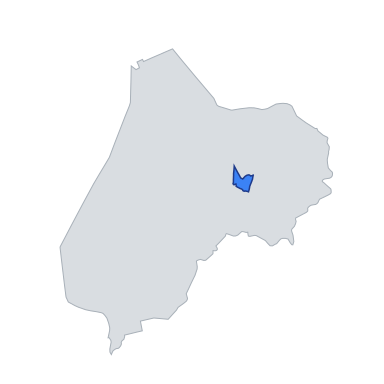 location of Tikrit, Sala ad-Din, Iraq, rotated 79°
{"feature_id": "34846034B31147654733032", "entity_name": "Tikrit", "entity_type": "district", "adm_level": 2, "iso_a3": "IRQ", "parent_name": "Iraq", "parent_adm1": "Sala ad-Din", "projection": "orthographic", "projection_center": [43.738, 34.759], "detail": "fine", "context": "in_parent", "style": "filled", "palette": "blue", "viewbox_px": 384, "rotation_deg": 79, "n_neighbors": 0, "source": "geoboundaries", "source_scale": "gbopen_adm2", "svg_char_len": 4424}
<svg xmlns="http://www.w3.org/2000/svg" viewBox="0 0 384 384"><g transform="rotate(79 192 192)"><path d="M153.4,57.3L156.1,56.7L161.2,52.5L164.1,48.7L165.1,48.3L167.7,49.6L169.5,50.0L173.8,48.6L176.4,49.3L178.5,50.3L179.7,50.4L185.5,52.9L186.9,53.2L189.9,53.5L194.4,53.6L197.2,52.0L199.3,50.5L200.7,50.5L202.1,50.9L203.2,51.5L204.2,52.7L204.7,54.3L204.5,59.5L204.9,60.9L205.7,61.9L206.7,62.1L207.9,60.9L210.1,59.3L212.6,57.4L214.6,55.8L215.7,55.1L217.4,55.2L219.1,55.5L220.1,56.3L220.1,56.5L221.0,59.0L223.4,68.1L224.8,69.3L226.3,70.3L227.3,71.6L227.8,73.0L227.7,75.1L227.7,77.6L228.4,79.5L229.3,80.9L230.1,81.6L231.3,81.7L232.7,82.0L233.7,83.4L236.9,93.8L237.3,95.2L238.6,95.6L240.7,95.4L242.9,96.4L245.3,98.1L247.6,101.2L249.1,101.7L253.7,101.1L260.1,101.5L263.1,103.1L262.8,104.1L260.5,105.3L256.5,106.7L255.4,109.0L254.8,111.9L254.9,113.5L256.0,115.3L258.9,118.8L259.1,120.1L259.7,121.9L260.2,123.2L259.7,125.6L257.1,127.3L253.7,129.2L247.0,137.3L246.5,139.0L246.6,143.7L246.0,145.1L243.8,145.1L242.1,144.9L242.0,146.6L240.9,148.8L240.3,150.7L243.0,155.2L243.5,157.6L243.1,159.8L240.8,163.6L239.4,166.2L239.8,166.7L241.7,167.7L247.6,175.9L249.5,178.8L251.9,178.0L252.9,178.0L253.6,178.4L254.1,179.4L254.1,180.7L253.5,182.5L256.6,183.2L257.8,185.1L261.6,191.5L261.5,193.4L259.8,196.5L259.9,198.5L260.3,200.3L260.8,200.9L266.3,201.1L268.6,201.7L274.3,204.9L280.8,209.8L286.2,213.7L290.8,217.1L295.5,216.7L296.9,217.3L298.1,218.4L299.6,221.2L302.6,227.7L305.0,229.8L308.8,234.9L312.4,239.7L310.4,246.5L308.4,253.5L308.7,262.5L308.9,267.3L313.6,267.3L318.8,267.3L319.0,273.1L319.3,278.9L319.6,285.5L321.1,285.7L323.6,287.0L324.7,289.1L326.1,290.2L327.7,290.3L329.3,291.3L330.9,293.1L331.5,294.6L331.2,295.6L331.6,297.3L332.7,299.7L334.1,300.8L336.2,302.2L333.5,303.1L330.4,302.6L323.9,300.0L321.9,300.0L319.2,301.2L319.1,302.2L312.3,299.3L309.8,298.7L308.9,298.7L305.1,298.8L299.6,299.6L296.4,301.1L294.2,302.5L293.2,304.0L292.9,304.7L291.2,308.8L289.3,314.1L287.3,318.8L283.4,325.5L281.2,328.6L276.4,334.4L271.1,335.7L258.8,334.9L245.1,333.9L231.5,332.9L221.3,332.1L220.5,331.8L210.5,323.8L202.6,317.5L192.7,309.5L182.7,301.4L172.6,293.1L165.3,287.1L156.5,279.3L148.5,272.1L142.2,266.5L134.1,261.5L127.8,257.6L118.6,251.8L111.3,247.2L105.1,243.3L95.6,237.1L92.4,235.4L82.4,233.2L73.0,231.1L63.2,229.0L56.7,227.6L61.2,223.6L60.0,219.9L56.8,220.4L53.9,221.2L52.4,215.3L54.7,214.7L52.9,207.0L51.2,199.2L49.5,191.6L47.8,183.8L56.2,179.3L62.5,175.9L71.2,171.1L79.6,166.5L87.6,162.0L96.4,157.1L104.2,152.7L111.3,151.0L112.9,149.6L116.2,143.3L119.1,137.9L119.3,136.7L119.5,129.0L120.2,119.9L121.2,115.1L122.9,110.9L124.4,107.8L124.6,104.9L124.5,101.9L123.1,97.4L121.7,92.7L122.0,88.2L122.3,85.8L123.4,81.9L125.1,79.2L126.9,77.5L133.4,75.8L137.3,74.8L142.6,69.9L145.7,67.0L150.0,62.4L153.2,59.0L153.4,57.8L153.4,57.3Z" fill="#d9dde1" stroke="#a8b0b8" stroke-width="1"/><path d="M202.6,136.5L201.4,135.9L201.1,135.7L199.5,135.0L198.5,134.6L198.0,134.5L197.2,134.1L196.8,133.8L196.2,133.5L195.8,133.2L195.0,132.7L194.6,132.4L194.0,132.0L193.5,131.7L193.3,131.6L192.7,131.2L192.1,130.9L191.1,130.2L190.8,130.2L190.5,130.0L189.1,129.5L188.4,129.2L187.8,129.0L187.2,128.8L186.9,128.2L186.9,128.5L187.0,128.7L187.3,129.3L187.5,129.8L187.4,130.4L187.5,131.3L187.1,131.6L186.7,132.0L186.3,132.4L186.2,132.5L186.0,133.2L186.0,133.3L186.0,133.7L186.0,134.2L186.0,134.6L186.0,134.9L186.2,135.3L186.3,135.7L186.5,136.2L186.8,136.9L186.9,137.1L187.8,138.3L188.0,138.6L188.6,138.9L188.6,139.3L188.6,139.7L188.8,139.9L188.6,140.1L187.7,141.2L187.5,141.6L187.3,141.6L186.9,141.7L185.9,142.0L184.9,142.3L181.4,143.5L178.5,144.4L175.6,145.3L174.6,145.6L175.4,145.8L175.8,145.9L178.7,146.7L180.3,147.2L181.9,147.7L183.6,148.0L184.4,148.2L185.7,148.5L187.0,148.8L187.8,149.0L188.5,149.1L189.2,149.3L190.1,149.4L190.5,149.5L190.9,149.8L191.2,149.9L191.5,150.1L191.9,150.1L192.8,149.6L192.9,149.3L192.8,148.9L192.6,148.6L192.6,148.4L192.6,147.8L192.5,147.4L193.2,147.4L193.6,147.3L194.1,147.4L194.3,147.4L194.7,147.6L195.0,147.3L195.5,146.9L195.7,146.7L195.9,146.5L196.1,146.2L196.4,145.8L196.6,145.5L197.0,145.0L197.3,144.6L197.6,144.3L198.0,143.8L198.1,143.5L198.4,142.9L198.6,142.7L198.9,142.4L199.6,141.8L199.9,141.8L200.3,141.8L200.4,141.6L200.9,141.1L201.2,140.6L201.2,140.3L201.1,140.0L201.1,139.7L201.2,139.4L201.3,139.2L201.5,138.9L201.6,138.5L201.8,137.9L201.9,137.7L202.6,136.5Z" fill="#3b82f6" stroke="#1e3a8a" stroke-width="1.5"/></g></svg>